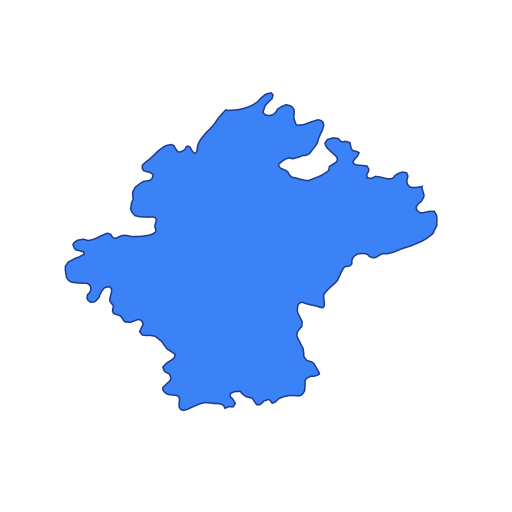 Smalyavichy, Minsk, Belarus, rotated 335°
{"feature_id": "67162791B46914171064537", "entity_name": "Smalyavichy", "entity_type": "district", "adm_level": 2, "iso_a3": "BLR", "parent_name": "Belarus", "parent_adm1": "Minsk", "projection": "equal_earth", "projection_center": [28.153, 53.988], "detail": "fine", "context": "isolated", "style": "filled", "palette": "blue", "viewbox_px": 512, "rotation_deg": 335, "n_neighbors": 0, "source": "geoboundaries", "source_scale": "gbopen_adm2", "svg_char_len": 5624}
<svg xmlns="http://www.w3.org/2000/svg" viewBox="0 0 512 512"><g transform="rotate(335 256 256)"><path d="M290.5,110.8L284.7,113.1L280.1,115.1L273.3,119.1L268.6,121.2L263.4,122.9L259.4,124.8L255.6,126.7L252.6,128.7L250.0,131.0L248.5,133.4L246.3,136.4L244.4,137.4L243.2,136.3L242.5,133.5L242.4,131.3L242.1,129.0L240.8,127.6L239.0,127.4L237.1,129.1L234.7,129.8L231.4,129.7L229.7,128.9L229.0,128.0L228.3,123.2L228.3,121.3L226.2,119.1L221.6,118.0L218.7,118.1L213.5,119.0L210.6,119.8L205.2,121.7L200.0,123.4L195.2,124.4L191.4,125.7L190.0,128.2L190.2,131.1L192.9,133.7L194.9,135.1L197.3,138.8L194.5,141.9L191.8,142.6L189.4,142.1L186.1,140.9L182.0,141.2L175.5,142.7L171.3,145.9L169.8,149.0L168.8,152.6L165.8,155.1L164.1,157.6L162.2,160.3L162.2,164.2L163.3,168.2L166.9,171.1L170.9,173.3L174.7,175.2L178.7,176.8L181.0,178.7L181.1,181.1L179.7,182.8L177.5,185.2L176.5,187.3L176.3,190.1L174.8,192.0L171.3,192.3L168.0,192.0L164.6,191.0L160.3,189.7L156.5,188.1L151.5,185.8L147.3,182.6L143.3,180.8L140.2,180.7L137.0,180.7L134.8,179.9L133.8,178.1L133.6,175.2L130.9,172.5L128.7,172.3L124.5,172.3L119.4,172.3L116.6,172.3L110.9,171.3L109.1,170.0L106.9,167.9L101.0,166.3L96.7,167.0L94.8,168.5L94.7,172.3L95.4,174.5L98.0,176.3L99.7,178.1L101.5,179.1L100.9,181.7L95.1,182.1L91.5,181.7L83.4,182.1L79.0,184.7L77.5,187.4L76.2,191.6L75.3,195.1L75.2,195.8L76.0,199.4L78.1,202.0L81.8,204.4L86.9,207.1L91.3,209.3L93.2,212.3L92.9,214.9L91.9,217.1L89.5,219.0L87.0,219.8L85.0,222.7L85.0,225.0L86.3,227.8L89.9,229.3L91.9,229.0L96.4,227.1L97.8,225.3L101.3,222.8L104.5,220.9L107.4,221.0L110.7,222.4L111.1,224.9L110.2,227.1L108.1,229.7L105.2,233.2L104.5,235.5L105.2,238.9L105.8,241.1L103.9,243.2L102.5,245.8L102.8,248.1L105.2,250.4L107.7,252.9L108.4,255.3L108.7,258.5L109.6,260.5L113.7,262.9L116.8,263.3L120.0,263.5L122.2,263.7L124.4,265.2L125.2,267.6L124.6,270.3L121.6,272.8L118.5,275.5L119.6,279.6L122.9,281.6L126.8,283.4L130.5,285.9L132.4,289.5L134.4,293.6L135.3,298.9L136.1,302.6L139.2,307.5L141.2,311.1L138.5,313.9L135.2,314.6L131.3,315.0L128.3,315.8L124.6,317.3L124.3,321.3L125.1,323.4L127.2,325.7L127.7,328.0L127.2,330.7L125.4,332.7L121.0,334.1L115.7,336.0L115.0,338.6L116.0,342.0L117.8,344.3L121.4,346.6L124.6,348.4L126.5,350.5L126.3,353.1L125.1,355.4L123.2,358.5L122.5,360.7L122.9,363.3L124.9,365.2L129.3,366.0L136.9,366.0L142.9,366.3L147.4,367.1L152.4,369.8L155.4,371.8L159.2,373.7L162.5,376.1L163.6,378.6L163.5,380.9L167.6,381.0L169.3,381.9L171.6,383.1L175.0,380.8L174.5,375.9L173.2,372.4L174.5,369.9L179.1,369.8L184.5,372.0L185.2,374.8L186.6,377.7L188.0,379.8L190.0,381.2L192.6,383.4L192.9,386.3L193.4,389.0L193.7,390.9L195.7,392.2L198.7,392.1L201.7,390.8L206.7,391.3L207.5,392.0L208.0,394.1L208.4,396.1L209.3,396.5L212.1,396.4L214.5,395.6L216.1,395.0L218.7,395.0L221.1,395.1L227.8,396.7L230.2,398.0L231.9,398.8L235.8,400.9L238.2,401.2L241.0,400.2L243.2,398.6L244.9,395.6L246.8,391.7L248.0,389.4L250.0,388.3L254.7,388.1L257.6,389.4L261.0,390.0L263.6,389.7L263.9,387.6L263.4,382.3L263.0,377.9L261.7,375.4L257.9,372.2L256.9,367.3L258.4,363.7L259.6,359.7L259.4,355.3L259.2,348.8L259.2,345.8L260.7,343.1L262.6,341.5L265.4,340.2L267.7,339.3L270.1,335.0L270.0,331.6L269.8,325.2L270.5,322.7L273.0,318.4L274.7,317.4L276.5,316.9L278.9,317.9L281.1,320.3L283.4,322.1L285.8,324.1L289.1,326.4L291.1,328.2L292.2,329.5L294.6,331.1L296.8,330.1L298.0,327.7L298.9,325.2L299.7,322.3L300.9,319.9L303.9,318.0L308.1,316.4L311.3,315.4L316.3,313.9L319.5,312.6L321.5,310.8L324.9,308.1L326.9,306.2L328.4,305.3L330.6,303.7L332.3,303.3L334.5,304.0L337.0,304.5L339.5,303.7L340.7,301.1L342.0,299.4L344.6,297.7L349.3,297.1L355.1,299.4L357.7,301.6L358.4,303.9L359.4,305.4L361.8,307.4L364.5,307.9L366.8,307.6L369.5,307.3L371.9,307.5L375.8,309.4L379.5,310.2L383.3,310.7L391.6,311.1L400.7,312.3L407.4,312.5L413.2,312.7L417.9,312.2L422.8,311.2L426.2,310.2L428.9,307.7L432.7,304.9L434.3,301.5L436.0,298.1L436.8,295.2L436.5,290.9L432.0,288.8L428.7,288.1L423.9,286.9L422.0,284.7L421.1,281.8L422.0,279.2L425.4,277.2L429.0,276.3L432.9,273.6L434.1,271.5L434.5,268.6L435.3,263.9L436.0,263.2L431.3,262.0L426.5,259.9L424.4,258.2L423.6,254.9L424.3,251.8L426.2,249.3L427.5,247.7L427.6,244.1L424.2,241.8L419.9,241.3L415.9,241.8L413.7,243.1L411.9,243.3L408.2,241.8L405.3,239.7L402.7,237.5L398.1,234.4L393.4,234.4L389.7,232.1L390.9,228.9L393.8,226.8L394.8,225.3L394.8,221.6L390.7,218.9L385.7,216.1L383.6,213.8L383.7,211.7L386.4,209.9L390.4,208.2L393.1,205.8L391.2,203.5L388.1,201.4L387.8,198.1L388.7,194.7L389.1,193.0L385.7,189.9L382.1,189.0L380.5,185.8L380.3,184.4L376.1,181.6L369.9,180.6L366.2,182.8L365.8,185.7L366.3,188.7L367.6,192.0L368.8,195.0L370.5,198.8L371.0,201.7L369.9,204.0L367.9,204.9L363.2,205.5L360.4,205.8L358.3,208.9L356.1,209.8L350.3,210.5L345.7,210.5L340.1,210.1L335.2,209.8L332.1,207.9L328.4,205.0L325.3,202.3L321.6,199.5L320.4,195.7L320.4,193.2L319.0,190.8L317.4,189.1L315.3,186.7L314.6,183.8L315.6,182.3L320.7,181.0L324.0,180.6L327.7,181.2L330.1,183.3L333.1,183.8L337.0,184.6L340.6,184.6L343.7,185.9L348.0,185.8L350.7,184.2L355.5,181.8L357.8,180.5L360.2,178.6L362.0,176.3L366.2,172.5L368.9,170.4L371.3,167.7L372.8,165.8L373.3,162.9L372.3,160.8L369.7,158.7L366.6,158.3L362.3,157.7L356.6,157.3L354.3,157.0L349.1,155.1L347.9,153.8L348.1,150.5L348.6,146.9L350.2,143.9L351.6,141.6L352.3,139.2L351.8,136.2L350.5,134.2L347.3,131.6L342.8,131.4L337.5,132.0L335.7,133.5L331.9,135.1L327.5,134.4L324.0,132.2L323.1,128.8L325.7,125.8L327.9,123.6L332.6,121.6L337.0,120.2L339.4,117.4L338.8,114.6L334.4,113.6L332.1,113.6L325.7,115.5L322.8,116.8L317.8,117.7L312.7,117.7L307.3,117.1L302.0,115.9L295.9,113.8L291.6,111.9L290.5,110.8Z" fill="#3b82f6" stroke="#1e3a8a" stroke-width="1.5"/></g></svg>